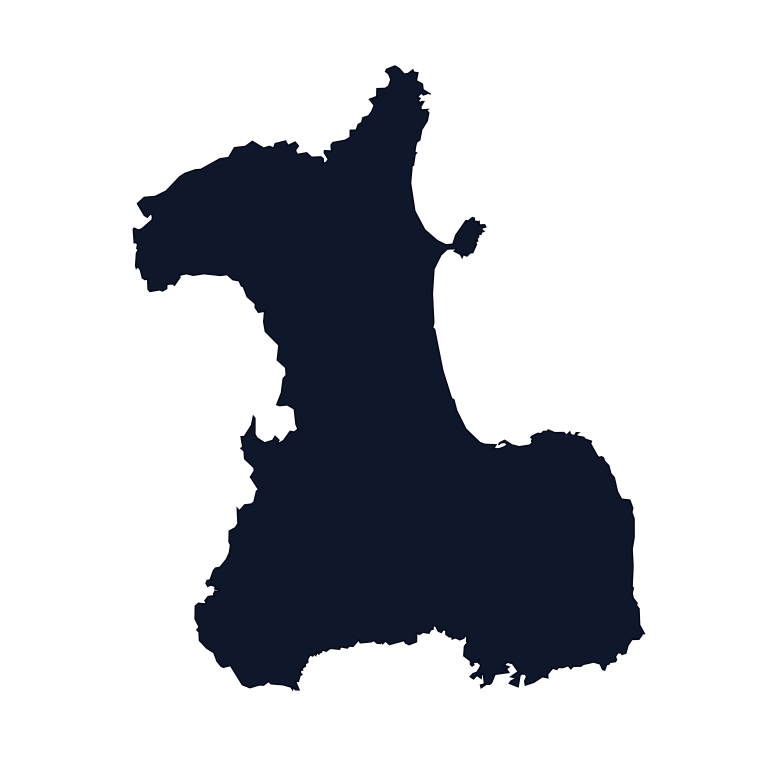 outline of Pangandaran, Jawa Barat, Indonesia, rotated 264°
{"feature_id": "22746128B59857718615465", "entity_name": "Pangandaran", "entity_type": "district", "adm_level": 2, "iso_a3": "IDN", "parent_name": "Indonesia", "parent_adm1": "Jawa Barat", "projection": "mercator", "projection_center": [108.519, -7.64], "detail": "fine", "context": "isolated", "style": "filled", "palette": "ink", "viewbox_px": 768, "rotation_deg": 264, "n_neighbors": 0, "source": "geoboundaries", "source_scale": "gbopen_adm2", "svg_char_len": 6086}
<svg xmlns="http://www.w3.org/2000/svg" viewBox="0 0 768 768"><g transform="rotate(264 384 384)"><path d="M226.1,209.0L218.7,201.6L218.5,197.3L216.1,194.8L208.1,191.0L207.3,191.9L207.1,187.6L204.5,186.2L201.3,187.5L202.2,190.9L201.1,193.5L199.6,195.4L198.0,194.3L196.4,197.6L197.5,198.7L195.6,199.0L194.6,197.3L195.7,194.3L193.0,192.6L191.1,193.3L191.0,186.9L187.1,183.3L185.0,184.6L184.0,182.6L185.3,176.6L182.9,173.2L170.2,171.6L161.6,174.8L159.0,172.2L156.7,174.2L148.2,173.7L139.8,180.1L134.7,186.7L125.7,189.0L120.4,192.5L119.1,194.6L120.1,201.9L99.8,211.7L96.0,219.0L97.8,228.6L97.1,232.7L100.4,238.2L97.7,240.3L95.5,252.1L92.4,259.8L89.8,261.1L91.8,261.7L89.1,264.3L88.8,267.5L97.3,264.9L97.3,267.8L102.8,269.9L103.7,271.9L105.4,270.5L108.0,271.1L108.1,273.1L109.7,272.7L111.7,276.3L114.3,276.5L115.0,279.0L118.4,279.3L122.5,282.3L121.0,284.5L122.7,286.8L121.3,287.8L124.4,289.3L121.8,291.3L123.5,291.0L123.7,293.6L126.0,294.9L124.3,298.5L126.8,303.0L124.9,312.1L127.2,313.3L125.3,319.9L127.1,322.1L126.3,325.8L132.2,332.0L129.1,333.4L129.0,344.7L130.2,346.8L126.9,350.1L126.4,353.7L128.4,355.2L126.0,355.6L128.3,358.6L124.4,362.2L126.8,377.2L124.0,378.5L122.2,381.7L124.3,389.3L132.9,390.4L131.3,393.0L133.1,396.9L131.5,402.6L134.9,404.8L135.0,407.1L138.6,407.5L137.8,410.2L132.8,412.0L130.9,415.0L133.3,416.8L132.8,419.9L128.6,419.4L125.7,422.5L125.8,424.1L127.5,424.7L123.3,425.2L124.2,428.6L121.7,432.7L123.0,436.9L125.1,438.1L124.0,440.1L119.3,439.3L118.5,440.4L114.6,436.6L105.3,435.0L99.7,441.0L95.9,440.8L94.4,442.2L95.3,443.9L98.2,443.7L97.5,447.6L100.4,450.0L96.6,449.0L94.4,451.0L91.2,449.2L87.5,446.2L86.6,442.3L84.0,439.2L81.4,442.2L84.7,446.0L81.2,449.8L85.4,450.6L84.9,452.4L76.2,452.7L74.9,452.0L74.5,448.5L71.8,448.9L74.8,454.3L74.4,457.8L75.6,459.7L83.7,464.1L84.1,477.9L86.7,476.5L87.0,474.5L89.6,478.7L91.7,473.8L94.5,477.6L92.5,482.6L83.9,487.5L79.6,479.6L77.4,485.3L75.5,479.5L73.3,477.4L68.9,485.7L80.2,488.8L81.3,491.2L80.6,494.0L78.4,495.4L73.8,492.9L69.8,493.1L71.7,501.8L76.4,510.9L74.7,516.2L78.4,516.4L83.8,522.0L82.1,526.1L84.0,527.8L83.3,532.0L84.7,537.8L81.3,540.0L83.5,542.8L82.8,550.3L84.3,552.5L85.6,563.5L83.0,569.8L77.5,571.5L76.4,573.5L81.5,576.0L82.2,578.7L83.5,579.0L83.8,585.2L85.5,586.4L88.4,585.5L92.4,588.4L91.8,591.8L90.2,592.4L91.1,596.4L98.7,599.3L104.1,603.9L103.5,610.8L107.2,614.2L108.4,613.8L108.6,616.8L117.6,613.0L134.0,614.1L137.1,611.9L139.6,612.7L145.0,609.4L149.9,608.9L155.1,610.6L156.5,609.5L176.9,612.6L193.8,613.5L205.5,616.7L223.8,618.6L230.5,617.0L234.5,618.4L242.8,616.3L244.6,608.2L252.5,604.9L266.9,603.2L271.1,600.2L279.3,599.0L284.4,595.1L287.5,594.6L288.9,592.7L288.5,589.8L290.1,588.7L303.0,583.2L305.4,584.2L308.2,578.0L310.0,577.2L312.0,570.4L314.2,570.5L315.1,572.3L315.5,570.1L313.3,568.8L312.9,566.5L314.5,564.1L316.8,563.7L313.8,560.1L316.9,557.7L317.7,548.7L321.1,542.5L319.8,541.5L320.1,537.6L318.1,535.3L318.8,531.7L316.6,525.8L315.5,524.5L314.3,526.1L311.8,524.8L310.0,525.6L307.9,522.4L307.4,511.9L309.9,505.0L315.3,498.1L313.4,492.9L311.5,491.6L313.3,493.9L313.3,498.0L311.5,500.6L309.1,497.9L307.5,491.7L308.1,486.1L311.8,489.0L313.4,478.0L315.7,473.2L330.6,460.7L349.8,453.5L360.9,451.8L362.6,449.6L391.3,443.8L433.0,440.0L434.6,438.2L439.9,439.9L468.8,441.5L493.0,445.6L506.3,454.0L511.6,461.0L511.2,469.1L510.5,470.0L508.7,467.8L505.1,473.5L501.7,474.9L504.5,476.4L503.1,478.9L504.3,479.2L502.8,480.1L505.5,483.3L505.4,486.0L513.0,490.4L516.4,490.0L516.4,492.0L519.2,491.5L520.3,493.4L523.6,493.8L522.8,496.0L525.0,497.2L525.5,499.2L526.7,497.5L528.9,497.6L529.7,501.6L531.8,500.7L532.1,495.4L535.5,495.5L534.6,494.2L535.7,494.2L536.6,490.6L539.4,491.2L540.3,489.3L537.4,485.0L537.8,482.5L524.5,471.0L515.8,467.1L515.8,460.2L521.0,451.9L533.1,440.6L552.7,432.7L581.1,431.4L598.1,434.7L598.5,436.1L609.5,439.0L610.4,440.4L611.5,438.8L617.8,440.4L621.4,442.0L623.0,445.1L633.0,448.0L641.2,454.5L648.9,456.8L651.9,454.9L652.4,455.8L652.6,449.6L656.1,449.6L660.7,453.0L660.9,450.6L659.2,449.5L662.1,447.6L664.2,449.7L666.2,447.2L669.6,451.6L667.4,453.4L668.7,458.6L667.3,460.7L672.6,453.6L678.3,453.5L682.2,447.8L689.9,450.2L691.0,446.0L693.3,445.5L690.2,440.5L690.0,436.4L695.9,432.3L699.1,428.1L696.7,419.6L694.6,418.3L692.0,421.1L686.0,422.7L679.9,419.9L677.8,416.0L678.4,407.9L670.6,406.9L668.6,399.4L662.2,403.5L656.1,400.2L652.1,396.5L651.0,390.9L646.3,389.1L644.7,385.5L639.3,382.9L639.8,377.0L633.0,376.2L630.4,370.9L629.4,358.4L627.2,356.4L621.1,356.2L622.2,349.2L620.2,348.8L613.2,352.2L610.0,349.2L610.0,346.9L614.5,347.0L616.4,345.0L617.0,335.6L622.0,331.2L621.3,321.7L625.6,320.2L629.7,323.7L633.8,320.9L631.2,313.4L635.9,311.5L634.4,301.0L630.0,298.9L632.3,294.9L631.1,288.9L639.0,278.4L634.7,270.9L634.6,260.0L625.4,253.2L625.1,244.4L616.5,224.2L616.7,218.9L614.2,208.0L611.6,202.8L598.7,187.6L594.4,176.1L594.6,165.0L589.2,157.7L576.9,163.2L574.6,166.0L577.5,169.2L576.8,170.8L573.9,171.2L571.5,170.6L563.6,159.4L562.7,155.6L565.1,151.9L564.2,150.9L550.6,150.4L550.5,152.6L548.7,153.6L544.7,152.4L543.2,153.8L539.8,151.5L527.5,149.4L525.1,149.8L526.6,151.6L522.9,153.7L514.8,154.8L512.9,157.1L513.1,160.0L502.9,159.3L500.5,161.0L501.2,170.9L499.7,173.3L501.6,177.8L505.4,178.3L505.9,179.6L505.7,184.2L504.2,186.0L511.4,192.1L513.6,192.0L514.4,199.1L512.1,205.6L512.6,216.4L509.1,232.7L509.3,239.4L503.6,244.6L501.8,250.7L496.4,252.5L495.5,254.3L485.1,257.1L477.3,264.5L473.7,263.9L468.5,266.6L468.9,272.9L458.2,270.9L448.7,271.5L433.6,283.6L419.0,280.4L410.6,288.0L402.8,287.7L400.0,284.4L386.0,281.1L374.7,275.3L373.4,277.9L373.4,285.6L368.6,292.2L353.0,292.3L348.1,293.8L345.5,289.7L346.7,285.7L338.2,278.2L335.7,272.7L335.9,271.7L339.1,273.6L343.3,270.2L339.5,267.4L337.9,259.1L343.5,252.1L347.4,250.3L363.3,252.0L365.4,250.7L356.9,248.0L346.2,239.5L346.5,236.4L335.9,237.0L335.0,235.1L332.0,237.9L324.2,237.6L314.5,246.0L311.1,246.0L305.5,241.5L291.9,248.4L290.7,246.0L280.3,242.4L278.4,239.5L278.3,232.7L272.9,227.0L275.5,225.1L260.4,224.2L256.6,221.2L253.9,214.8L243.4,213.4L240.0,214.6L232.2,212.6L226.1,209.0Z" fill="#0f172a" stroke="#020617" stroke-width="1.5"/></g></svg>